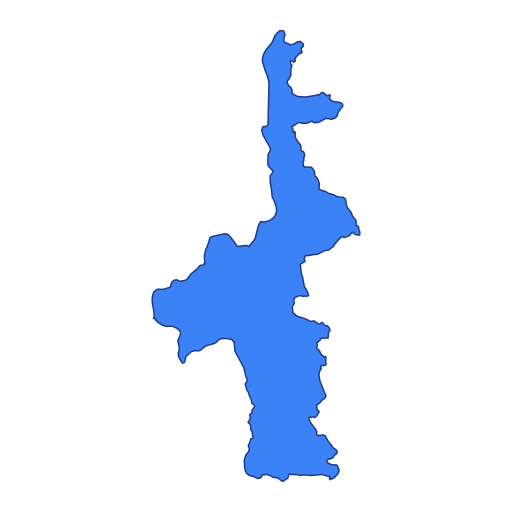 SVG path tracing the border of Mandalay
{"feature_id": "MMR-3267", "entity_name": "Mandalay", "entity_type": "Division", "adm_level": 1, "iso_a3": "MMR", "parent_name": "Myanmar", "parent_adm1": "", "projection": "mercator", "projection_center": [96.206, 21.524], "detail": "fine", "context": "isolated", "style": "filled", "palette": "blue", "viewbox_px": 512, "rotation_deg": 0, "n_neighbors": 0, "source": "natural_earth", "source_scale": "10m", "svg_char_len": 6059}
<svg xmlns="http://www.w3.org/2000/svg" viewBox="0 0 512 512"><path d="M279.6,30.8L282.7,30.7L283.9,31.5L284.8,33.7L284.9,35.1L283.8,39.4L283.8,40.8L284.4,41.8L285.3,42.6L290.7,44.8L293.2,44.3L297.6,41.8L300.3,41.4L303.4,44.1L303.3,45.8L302.9,46.8L301.6,47.8L301.2,48.7L301.3,50.4L301.9,51.7L302.0,52.5L301.1,53.1L299.8,53.3L296.3,56.7L295.0,58.7L294.9,59.2L295.3,60.7L294.7,61.7L293.8,62.1L292.4,61.1L291.4,60.8L290.6,61.1L290.3,61.8L290.8,63.9L291.9,65.7L290.9,69.2L290.7,76.0L289.2,78.0L288.8,79.5L287.5,80.6L287.2,81.8L287.4,83.3L288.3,85.0L291.3,88.2L292.2,90.7L291.7,92.3L292.6,93.6L297.4,96.5L305.9,97.0L315.0,95.5L317.3,94.8L319.5,94.8L321.0,93.1L322.5,92.4L323.9,93.0L326.6,95.5L327.9,95.6L329.4,94.9L330.0,94.9L329.8,97.7L329.4,99.0L332.5,101.2L334.2,101.7L338.9,102.1L341.8,103.5L342.6,104.4L342.7,106.5L341.1,108.1L337.7,113.1L337.2,116.0L334.6,118.4L333.3,118.5L331.7,119.4L328.9,118.7L325.6,118.5L319.6,121.9L318.3,122.3L314.2,122.7L312.0,121.1L309.7,122.1L308.9,122.1L307.1,123.2L306.4,123.4L301.7,123.2L299.2,122.4L298.5,122.5L291.7,127.0L293.0,129.4L293.3,132.2L293.8,132.3L294.8,131.9L295.2,132.3L295.1,136.3L295.3,137.3L297.1,140.6L300.7,145.3L300.9,146.7L300.8,149.9L301.9,151.2L303.4,151.6L304.6,154.2L304.6,155.4L303.9,157.9L303.7,160.9L303.0,163.8L303.7,166.4L305.1,167.0L311.5,167.3L313.9,170.4L314.5,171.8L314.9,176.1L316.5,177.4L317.5,178.7L319.1,182.5L319.3,186.0L318.9,188.5L319.0,188.9L319.6,189.4L320.6,190.0L325.8,191.6L328.3,193.3L333.7,194.8L337.0,196.5L339.2,197.1L343.1,197.3L344.7,198.3L345.7,199.6L346.3,204.5L347.5,207.9L350.8,211.9L352.6,216.3L355.7,220.1L356.2,221.8L356.0,224.0L356.2,225.2L358.3,226.5L358.7,227.6L358.8,229.8L359.6,231.0L359.8,232.3L359.8,234.3L359.5,235.0L358.9,235.2L355.2,234.5L352.5,232.3L351.5,232.7L349.8,235.4L345.0,237.4L343.7,237.3L343.3,236.8L342.7,236.5L341.5,236.9L338.4,239.8L334.6,244.3L333.6,246.2L328.7,250.0L327.3,250.4L325.6,250.3L324.7,250.6L317.3,254.3L314.2,254.4L308.9,255.5L305.8,255.7L305.3,256.0L304.9,256.7L304.2,259.0L304.3,259.6L305.1,260.8L304.4,261.8L300.2,264.4L301.6,274.9L302.4,276.4L304.4,286.8L306.8,290.3L308.6,295.2L308.0,296.0L307.1,296.2L305.6,296.0L303.0,296.4L300.2,295.6L297.9,296.1L295.4,297.4L293.7,299.1L294.3,303.1L293.7,304.6L292.7,305.6L292.4,307.1L292.9,312.6L297.1,316.2L303.7,318.2L310.6,321.3L311.8,321.5L313.5,320.8L314.2,321.0L318.8,324.2L320.0,324.0L321.8,322.4L323.0,323.3L324.9,325.6L325.5,325.9L327.0,325.7L327.9,326.3L329.2,327.9L330.0,329.9L329.8,331.0L328.6,332.3L328.3,333.2L328.4,335.8L328.0,338.0L321.8,338.2L320.7,338.8L320.2,340.1L316.9,342.8L317.4,345.1L316.6,347.4L317.2,348.8L319.3,350.6L321.6,355.1L322.9,355.6L323.9,356.9L325.5,356.5L325.9,357.1L325.7,361.0L326.0,364.4L325.8,364.8L324.4,365.5L320.8,365.7L320.5,366.5L321.1,368.1L321.1,369.2L319.6,371.1L318.9,374.7L319.9,380.8L324.7,393.1L325.8,395.0L325.8,396.7L325.0,397.9L321.1,401.0L319.8,402.9L317.0,404.9L316.6,405.6L317.2,410.0L318.7,411.0L319.1,412.0L316.5,416.1L315.1,417.3L314.5,417.5L312.6,416.6L311.1,417.5L309.3,417.2L308.8,417.7L309.1,419.5L311.0,423.3L316.2,430.1L316.8,432.0L316.4,433.5L316.7,434.7L319.1,435.7L322.2,434.9L324.9,435.5L325.8,436.8L327.8,440.7L331.8,445.6L333.1,447.8L335.7,449.4L336.9,451.0L337.2,452.6L336.7,453.7L334.2,455.4L333.0,457.7L330.6,458.8L328.2,459.3L327.2,460.1L326.9,460.6L326.8,461.2L327.5,462.6L329.2,463.7L331.9,464.7L334.7,465.0L336.0,464.8L336.8,465.2L337.4,466.0L339.0,469.8L339.1,470.5L338.4,472.8L337.3,474.6L336.2,475.5L334.5,477.6L330.4,479.6L329.5,478.7L329.8,477.2L329.5,476.6L325.6,475.6L323.7,474.8L321.7,474.5L311.1,475.5L304.5,474.9L299.8,475.4L297.0,474.6L291.3,474.5L289.8,474.0L289.1,474.2L287.6,478.4L285.7,479.3L283.7,481.1L282.6,481.3L281.2,480.7L278.5,478.2L272.7,477.1L270.6,475.8L266.7,474.4L262.9,474.9L261.7,475.7L261.3,477.1L260.9,477.6L260.0,478.1L257.5,478.3L256.2,477.9L254.4,476.8L249.3,475.4L246.8,473.6L245.6,471.6L244.8,468.5L244.2,460.8L245.3,456.7L246.4,454.2L248.4,452.0L249.1,450.0L249.3,448.3L248.4,446.5L248.4,445.1L249.9,442.3L250.7,439.2L250.9,438.8L252.2,438.5L252.9,437.8L253.2,436.7L252.5,434.9L252.2,431.7L250.8,429.9L250.6,426.1L250.0,424.1L248.3,422.7L248.1,422.2L250.1,418.8L250.3,417.3L249.7,414.6L251.6,413.1L252.0,412.2L252.0,411.0L252.4,409.8L254.0,407.6L254.7,405.7L254.4,404.9L252.5,403.9L251.8,403.1L251.2,399.4L249.5,396.2L248.7,393.0L246.8,390.0L245.2,384.0L247.1,381.1L247.3,379.8L245.7,376.1L244.5,370.0L243.4,366.8L235.0,351.4L234.1,342.9L233.7,341.9L232.1,339.9L230.5,339.2L226.4,338.5L222.6,338.5L220.2,338.9L219.2,339.4L215.8,342.7L212.0,344.2L207.3,345.4L205.1,346.5L200.1,350.4L198.6,350.8L194.7,350.7L192.0,351.4L190.5,352.2L185.9,356.5L184.9,361.0L184.2,362.6L182.9,363.2L182.2,362.9L181.4,361.9L178.9,357.1L178.3,354.9L178.4,352.4L178.9,350.9L179.3,348.0L178.0,341.5L178.0,340.1L180.1,335.6L180.5,332.8L180.2,331.5L179.6,330.6L177.0,328.4L172.2,326.1L167.0,326.4L164.9,326.1L162.5,325.2L158.6,322.8L155.8,320.4L156.0,319.2L153.6,318.4L154.2,316.4L153.9,311.7L152.3,302.8L152.2,298.1L153.2,293.6L154.1,291.6L157.0,289.4L157.7,289.2L163.1,289.4L169.6,287.4L170.6,286.8L171.0,284.1L172.3,281.8L174.2,280.2L176.8,279.8L179.7,281.3L183.9,280.6L186.1,280.0L187.8,278.3L191.0,273.9L197.5,268.5L199.5,265.9L200.6,265.2L203.2,265.2L204.0,263.7L204.9,263.9L204.3,256.1L205.6,249.8L207.4,246.2L207.4,245.5L208.7,242.4L209.8,237.9L211.4,236.7L224.0,233.9L226.3,233.9L227.9,234.5L231.2,237.9L237.4,246.5L245.9,245.4L248.2,245.9L248.8,246.6L253.6,240.8L255.2,238.2L258.5,225.3L260.0,222.5L261.0,221.5L262.9,222.0L265.2,221.8L268.8,220.8L270.8,219.8L273.6,217.6L275.6,214.8L276.6,211.2L276.3,207.2L274.0,200.3L272.2,197.0L271.5,189.6L270.3,183.3L270.1,176.3L270.5,175.2L272.1,173.4L272.8,171.9L272.8,170.9L268.6,166.4L267.9,164.4L268.0,155.8L268.4,153.7L269.7,151.7L270.5,149.7L270.0,147.4L263.2,135.4L261.7,130.5L262.6,127.1L263.5,126.6L265.9,126.5L267.0,125.9L267.7,124.9L268.0,123.9L269.0,82.3L267.1,75.2L265.2,70.6L262.5,61.7L262.4,60.1L262.5,57.9L263.9,53.5L266.0,50.0L272.2,42.4L275.0,35.6L277.2,33.0L279.6,30.8Z" fill="#3b82f6" stroke="#1e3a8a" stroke-width="1.5"/></svg>